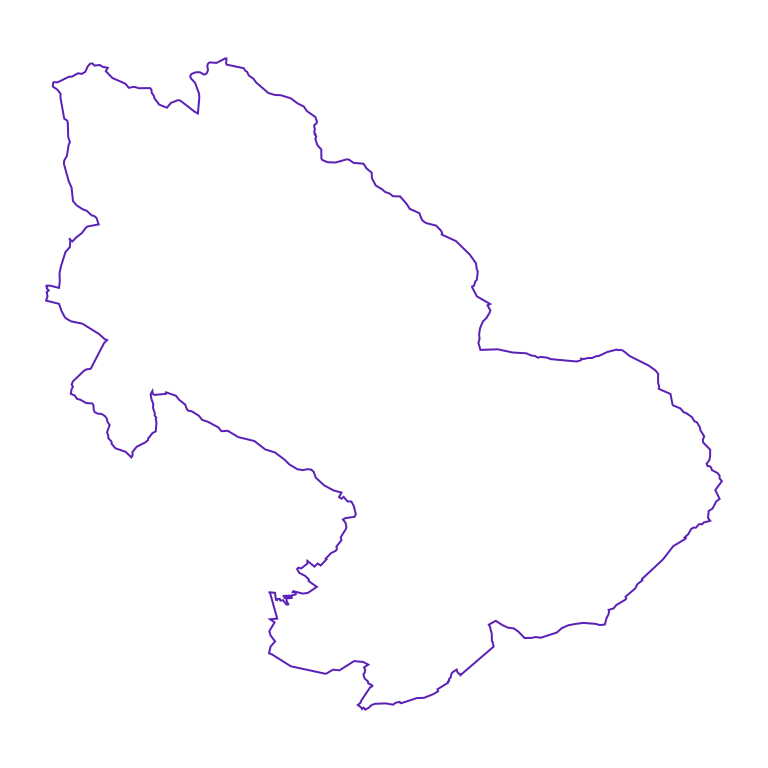 outline of Ilovat, Mehedinti, Romania
{"feature_id": "2599482B93041864045087", "entity_name": "Ilovat", "entity_type": "district", "adm_level": 2, "iso_a3": "ROU", "parent_name": "Romania", "parent_adm1": "Mehedinti", "projection": "natural_earth1", "projection_center": [22.733, 44.823], "detail": "fine", "context": "isolated", "style": "outline", "palette": "violet", "viewbox_px": 768, "rotation_deg": 0, "n_neighbors": 0, "source": "geoboundaries", "source_scale": "gbopen_adm2", "svg_char_len": 5983}
<svg xmlns="http://www.w3.org/2000/svg" viewBox="0 0 768 768"><path d="M393.0,704.7L395.7,702.7L399.7,701.9L400.5,703.1L401.6,703.1L416.8,698.1L424.1,697.8L433.2,694.2L438.1,691.3L437.5,689.3L448.2,682.6L447.9,681.6L449.1,680.8L449.0,679.1L450.7,677.4L451.4,673.7L453.1,671.9L456.7,669.6L457.4,672.1L459.2,674.0L460.3,674.1L460.5,675.1L493.6,646.6L492.8,642.4L491.9,640.8L491.8,633.9L489.9,626.5L488.8,624.7L495.8,620.8L502.3,625.1L508.0,627.7L513.8,628.4L518.3,631.6L524.6,638.0L532.0,637.9L535.2,637.0L540.9,637.7L556.9,632.5L561.7,628.2L568.3,625.3L575.0,624.0L583.2,622.9L595.7,623.9L600.0,625.1L604.8,624.5L606.8,617.4L608.3,614.8L609.1,611.8L608.6,609.9L613.6,608.4L616.1,605.2L625.3,599.7L626.2,598.6L625.5,596.7L635.3,588.4L637.3,584.2L642.4,580.3L641.9,579.1L662.9,559.5L673.3,546.1L685.4,538.8L685.8,538.1L684.6,537.5L688.3,534.1L691.2,529.0L693.3,527.7L695.9,527.7L699.0,524.2L702.3,524.2L703.6,522.6L710.2,520.8L708.0,517.9L708.7,511.0L712.6,508.5L716.1,501.6L719.6,498.9L715.3,490.1L721.9,481.1L719.7,478.6L719.5,475.5L717.7,473.2L711.9,470.0L711.2,467.7L709.7,466.2L707.6,466.0L706.6,463.7L709.3,460.2L710.1,456.3L710.2,449.7L703.2,442.5L702.8,439.9L704.2,436.3L700.4,430.3L700.0,427.6L698.0,424.0L696.7,422.1L694.4,421.3L691.9,417.1L686.4,413.2L683.6,412.2L680.4,408.4L673.3,405.5L672.5,404.4L670.5,394.0L658.7,388.8L659.1,386.6L658.1,382.7L658.1,373.7L655.1,370.1L648.4,365.4L629.8,356.1L623.1,350.7L620.7,349.8L617.9,350.2L616.7,349.6L607.3,352.0L598.5,356.1L596.5,356.1L592.0,358.0L587.9,358.0L583.7,359.1L581.3,358.7L581.6,359.4L580.8,360.3L576.6,361.5L550.6,359.1L547.3,357.7L540.8,356.9L537.8,357.7L535.2,356.0L531.2,355.5L526.3,353.3L512.6,352.5L497.8,349.3L480.4,349.9L478.4,342.7L479.6,338.9L479.1,334.4L480.1,328.0L482.9,321.5L486.4,318.0L489.3,313.3L490.4,310.5L487.5,305.3L490.1,304.0L476.9,296.4L472.1,287.2L472.1,286.5L474.1,285.6L475.1,281.8L476.8,279.8L477.8,271.4L476.7,268.8L476.0,263.3L469.7,254.5L456.0,241.1L441.7,234.5L442.1,232.9L440.9,230.5L436.1,225.6L425.9,223.0L423.3,221.2L421.8,219.6L419.4,213.2L409.8,208.9L406.7,204.0L400.2,196.5L392.8,196.2L389.9,193.7L385.0,191.9L382.2,189.3L375.9,185.7L371.9,178.2L371.7,172.7L366.6,168.5L363.5,163.7L353.7,162.9L348.7,159.5L346.5,159.4L335.7,162.5L327.6,162.2L322.3,160.0L321.4,158.4L321.3,149.5L317.4,145.2L315.3,138.8L316.3,136.3L314.7,134.4L315.3,134.0L314.2,132.2L314.9,129.0L314.1,126.5L314.4,124.9L316.4,123.5L317.0,121.7L315.3,117.0L306.8,111.0L303.8,106.5L297.7,103.5L290.8,98.3L280.7,95.2L274.6,94.9L268.3,93.0L256.1,82.4L253.4,78.7L248.7,75.4L247.2,72.0L245.3,70.8L243.7,68.2L226.6,64.6L226.1,63.1L226.5,58.5L225.2,58.4L216.6,62.9L209.7,62.4L208.0,63.7L207.3,65.8L208.0,70.1L207.0,72.8L205.5,74.3L203.8,74.5L200.1,72.3L196.2,72.2L191.8,73.8L190.4,75.6L190.3,77.0L191.2,78.7L195.1,82.8L199.1,93.8L199.3,98.0L197.9,113.5L194.6,111.7L180.2,100.5L177.9,100.2L171.1,102.8L166.9,107.7L159.2,104.6L154.4,98.2L154.1,96.3L151.7,92.7L151.4,89.6L150.1,88.1L138.8,88.2L134.2,86.8L128.8,87.8L125.4,83.7L112.4,78.0L105.8,71.2L107.8,67.8L102.6,66.8L99.7,65.0L94.5,65.6L92.5,63.5L90.1,63.7L87.6,66.6L85.3,71.8L81.8,73.9L78.0,73.3L72.0,76.6L68.8,76.8L57.6,82.3L53.6,82.2L52.9,83.7L52.9,86.6L57.3,89.6L60.5,93.7L60.5,97.9L64.2,118.6L67.1,120.5L67.8,122.6L68.2,136.8L69.9,142.2L68.7,144.7L66.9,155.9L64.2,160.6L63.9,163.8L68.7,181.1L71.6,187.8L73.0,201.1L76.6,205.3L82.7,209.3L86.6,210.7L91.8,215.5L93.8,215.8L96.4,217.8L98.7,224.4L87.8,226.4L86.0,227.6L81.6,233.3L76.0,237.6L72.5,241.4L71.4,241.1L69.3,238.2L70.3,240.6L69.9,247.1L65.5,251.9L61.0,266.3L59.5,273.4L59.8,280.9L59.0,287.9L49.9,285.6L46.5,285.7L46.2,286.2L47.2,287.4L46.9,288.6L48.7,290.4L46.7,292.0L47.5,296.4L46.1,300.6L59.0,303.8L61.7,311.4L64.8,317.2L66.3,318.6L71.0,321.3L82.4,323.7L98.7,333.8L104.7,339.1L107.1,340.1L104.1,343.0L90.7,368.8L86.3,369.4L83.8,370.9L72.8,381.5L71.7,384.6L72.9,386.7L71.5,389.5L70.8,393.8L74.9,395.6L77.0,398.9L80.3,399.7L86.2,403.1L92.2,403.4L93.4,405.1L93.7,409.6L94.6,412.0L97.5,413.6L101.7,414.0L105.2,416.3L106.7,418.5L107.6,422.2L109.7,425.1L107.0,432.2L108.3,435.9L108.3,438.1L111.5,441.6L111.7,443.9L115.4,448.3L125.6,451.8L131.4,457.4L132.5,455.3L132.5,452.0L136.7,446.7L145.3,442.4L148.0,440.2L148.1,438.6L152.5,433.1L155.7,431.4L156.5,422.4L155.7,419.2L156.2,417.4L154.6,415.6L154.9,413.6L153.0,407.8L153.3,404.2L151.5,399.2L150.6,394.3L152.4,391.1L152.7,393.7L154.3,394.9L165.8,393.9L165.8,392.4L166.3,392.4L176.0,395.8L178.9,399.6L185.2,404.6L186.6,408.7L188.1,410.6L191.9,411.4L198.7,415.6L202.2,419.9L208.1,421.9L218.2,427.3L221.4,431.2L227.8,430.8L238.2,437.1L254.3,441.0L265.2,449.4L275.0,452.5L284.6,459.7L289.2,464.3L297.3,469.2L302.6,470.1L307.6,469.2L311.2,469.6L313.7,471.9L315.7,477.5L324.0,485.3L333.5,490.4L341.5,492.6L339.0,497.1L341.5,498.7L343.6,496.9L347.5,501.4L351.4,501.6L353.7,505.8L355.9,514.3L354.4,516.9L345.3,518.1L343.0,519.5L345.5,522.7L346.4,527.1L346.0,528.8L340.7,537.3L341.5,540.2L336.5,546.4L336.8,549.3L335.7,550.8L330.9,553.2L325.7,558.7L326.5,559.3L320.7,565.5L317.7,563.5L314.5,566.6L307.4,560.9L307.3,563.7L301.2,568.4L298.4,567.7L297.1,569.1L299.3,572.9L305.0,575.8L308.9,579.4L308.5,580.9L316.8,586.9L307.9,592.9L302.7,593.6L293.3,591.2L292.8,592.1L295.6,592.1L295.8,594.3L291.4,595.6L283.7,595.9L283.7,596.5L286.3,596.5L285.4,597.8L291.6,596.4L291.7,598.0L286.5,598.4L286.4,600.3L288.3,604.3L287.6,604.7L286.4,604.4L282.9,600.2L280.4,600.6L279.7,598.8L277.6,599.0L277.1,600.1L275.9,599.7L275.0,592.8L268.6,592.2L270.0,592.7L277.2,618.6L270.1,619.3L274.6,622.4L269.3,631.2L270.6,635.5L275.1,641.4L270.6,646.5L269.0,653.3L271.8,654.3L290.9,666.3L325.1,673.7L326.4,673.6L332.9,669.7L339.5,670.3L354.1,661.1L363.0,661.9L368.3,664.6L364.1,667.3L365.1,669.8L364.7,672.7L363.5,674.0L363.8,676.2L364.8,678.6L368.1,681.7L368.1,683.2L372.2,685.3L372.4,686.1L370.1,687.4L361.0,701.0L360.7,702.6L357.8,705.0L361.7,707.9L362.1,709.0L363.7,707.7L365.3,709.6L368.7,707.8L371.1,705.4L374.8,703.8L385.9,703.4L393.0,704.7Z" fill="none" stroke="#5b21b6" stroke-width="2"/></svg>